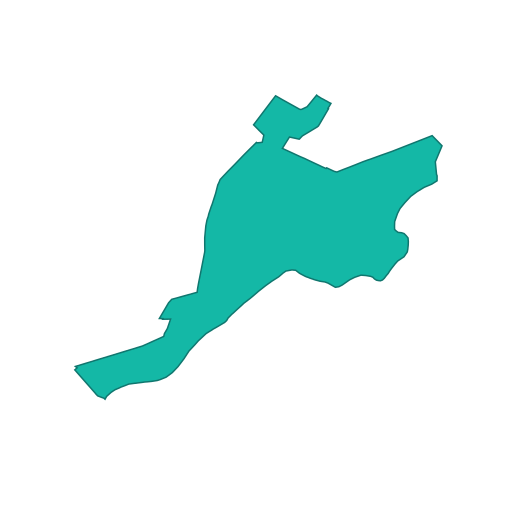 Mazsalaca, Mazsalacas, Latvia (Natural Earth projection), rotated 317°
{"feature_id": "27541924B66896474397363", "entity_name": "Mazsalaca", "entity_type": "district", "adm_level": 2, "iso_a3": "LVA", "parent_name": "Latvia", "parent_adm1": "Mazsalacas", "projection": "natural_earth1", "projection_center": [25.053, 57.863], "detail": "fine", "context": "isolated", "style": "filled", "palette": "teal", "viewbox_px": 512, "rotation_deg": 317, "n_neighbors": 0, "source": "geoboundaries", "source_scale": "gbopen_adm2", "svg_char_len": 3660}
<svg xmlns="http://www.w3.org/2000/svg" viewBox="0 0 512 512"><g transform="rotate(317 256 256)"><path d="M439.7,324.5L443.1,320.9L443.5,320.1L443.5,319.7L451.4,309.4L467.2,302.3L467.2,300.8L466.9,288.1L427.2,272.4L426.0,271.9L415.7,267.4L405.3,263.0L403.4,262.1L401.5,261.3L401.0,261.1L400.6,260.9L399.4,260.4L399.0,260.2L394.3,258.4L391.2,257.2L385.6,255.0L384.6,254.6L378.7,252.2L372.5,249.8L371.8,248.8L370.9,247.4L367.8,239.7L366.9,239.8L366.6,239.1L366.3,238.4L365.1,235.6L364.0,232.7L363.1,230.5L362.2,228.3L360.8,224.8L359.4,221.3L358.0,217.7L356.2,213.7L354.3,209.1L353.5,207.1L351.3,201.7L351.2,201.5L351.1,201.3L351.0,201.0L350.9,200.7L350.1,198.8L349.3,196.8L349.0,196.0L348.7,195.3L350.1,194.9L355.2,193.5L361.6,191.8L366.5,198.9L366.8,199.3L367.1,199.8L367.4,200.1L369.6,199.9L371.9,199.8L388.9,203.4L390.1,203.4L390.3,203.5L390.6,203.4L391.6,203.1L392.7,202.8L399.4,200.8L408.6,198.0L409.4,197.8L409.2,197.2L409.4,197.1L409.6,197.0L412.3,196.3L414.9,195.5L414.1,193.5L413.2,190.5L413.0,190.1L412.9,189.8L412.4,188.2L411.9,186.7L411.5,185.7L411.2,184.7L410.7,182.8L410.2,181.0L410.1,180.4L410.1,179.7L409.3,179.8L399.1,181.2L396.7,181.5L395.1,181.7L389.5,179.9L388.7,179.4L388.0,178.5L381.8,159.3L379.6,152.2L378.9,152.3L355.2,156.4L343.7,158.4L343.9,164.6L343.9,165.9L344.2,172.9L341.2,175.0L338.1,177.1L335.9,175.5L333.8,173.8L333.7,173.5L333.7,173.2L332.2,173.3L330.7,173.3L329.0,173.4L327.4,173.4L318.3,173.7L315.8,173.8L313.6,173.9L303.1,174.5L298.1,174.7L293.2,174.9L286.8,175.3L282.0,175.6L279.2,176.9L277.2,177.7L276.6,177.9L273.0,180.2L269.3,182.6L259.3,188.2L259.0,188.3L258.8,188.5L257.8,188.9L256.8,189.4L250.2,193.0L249.4,193.5L248.6,194.1L248.1,194.4L247.6,194.7L247.3,194.9L247.0,195.0L244.6,196.3L239.8,199.8L230.9,207.7L225.9,213.1L222.4,217.0L220.9,218.3L215.5,222.2L203.9,230.6L195.3,236.8L190.8,240.2L188.2,242.4L164.8,230.2L160.2,230.6L143.4,235.6L142.7,235.8L145.2,238.3L144.6,238.6L150.5,243.9L141.7,248.6L136.1,250.3L133.7,251.9L111.6,244.4L95.4,236.5L49.4,214.0L48.6,213.6L48.9,215.8L45.8,215.7L44.9,246.5L44.8,247.4L44.8,250.3L46.9,254.6L47.8,256.2L47.9,257.8L51.0,256.8L57.0,256.9L61.4,257.6L62.1,257.8L65.9,259.2L67.9,259.8L71.7,261.4L75.6,262.9L80.4,266.3L81.0,266.8L83.8,268.8L86.4,270.7L88.6,272.2L90.7,273.9L94.0,276.4L99.0,279.8L101.8,281.1L102.6,281.4L107.6,283.3L115.3,284.2L123.5,283.7L127.6,283.0L133.3,282.0L142.1,279.8L150.9,279.2L156.0,278.7L166.3,278.7L166.5,278.7L169.8,279.3L173.1,280.0L175.2,280.3L176.6,280.7L179.6,281.4L187.0,283.0L187.5,283.2L190.5,283.2L193.3,282.3L196.8,282.2L198.3,282.1L200.4,282.2L201.8,282.2L205.8,282.2L206.3,282.2L213.9,282.3L214.3,282.2L222.4,283.0L227.9,283.3L233.6,283.5L238.4,283.9L243.2,284.3L246.2,284.7L249.1,285.1L249.7,285.1L258.4,286.7L262.7,286.9L263.8,286.9L264.6,287.0L267.6,287.4L272.8,290.7L275.0,293.2L275.3,293.5L276.0,298.1L276.5,299.7L277.2,301.7L278.0,304.0L278.2,304.5L278.6,305.5L279.6,307.3L280.3,308.9L281.1,310.4L281.9,311.8L282.1,312.3L283.3,314.4L284.7,316.6L285.0,317.1L285.2,317.5L285.8,318.3L286.3,319.0L287.5,320.5L288.7,322.0L290.2,325.0L292.7,333.0L295.7,335.0L299.2,336.0L308.3,337.3L313.7,338.9L319.7,341.6L323.1,345.3L324.4,347.0L326.0,349.1L327.0,351.3L327.0,353.5L327.6,355.8L328.8,357.5L330.1,359.0L332.1,359.8L333.2,359.8L334.6,359.8L337.9,359.2L340.7,358.9L343.7,358.1L346.9,357.5L352.0,356.7L356.2,356.3L363.7,357.5L369.4,356.2L371.6,354.6L374.8,351.8L377.2,349.4L379.5,346.5L379.7,343.6L379.6,340.6L378.3,338.2L376.0,335.6L375.6,333.2L375.5,331.1L377.7,328.6L380.9,325.4L388.5,321.4L393.7,319.5L401.4,318.5L409.8,317.9L417.7,318.8L425.9,320.5L433.5,323.3L439.7,324.5Z" fill="#14b8a6" stroke="#0f766e" stroke-width="1.5"/></g></svg>